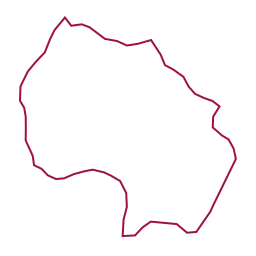 São Sebastião de Lagoa de Roça, Paraíba, Brazil (Natural Earth projection), rotated 182°
{"feature_id": "56859067B7602471111252", "entity_name": "São Sebastião de Lagoa de Roça", "entity_type": "district", "adm_level": 2, "iso_a3": "BRA", "parent_name": "Brazil", "parent_adm1": "Paraíba", "projection": "natural_earth1", "projection_center": [-35.852, -7.089], "detail": "fine", "context": "isolated", "style": "outline", "palette": "rose", "viewbox_px": 256, "rotation_deg": 182, "n_neighbors": 0, "source": "geoboundaries", "source_scale": "gbopen_adm2", "svg_char_len": 851}
<svg xmlns="http://www.w3.org/2000/svg" viewBox="0 0 256 256"><g transform="rotate(182 128 128)"><path d="M129.6,19.8L117.2,20.9L109.9,29.2L102.0,35.2L91.5,34.6L76.0,33.7L65.3,25.4L56.1,26.5L43.0,46.9L39.7,54.7L19.1,100.8L21.7,111.1L27.0,120.0L33.8,123.8L43.3,131.5L43.3,142.2L37.3,152.8L44.6,158.0L53.3,160.7L62.1,164.4L68.8,171.4L74.4,181.1L84.8,188.0L93.2,192.1L97.9,202.4L108.0,216.7L121.1,212.5L132.0,210.4L141.9,214.5L154.2,216.3L169.9,227.3L177.8,230.0L188.3,228.2L194.9,236.2L204.9,223.2L208.9,214.3L213.8,200.6L222.2,191.2L230.1,181.0L236.9,165.8L236.9,151.5L232.4,144.5L230.6,135.7L230.1,124.1L229.8,112.0L222.2,96.7L220.6,87.5L213.0,84.2L206.5,77.9L198.2,74.5L190.3,75.4L180.3,80.1L169.8,83.3L161.8,85.1L150.3,82.8L143.2,79.7L134.0,74.7L127.5,63.0L126.4,49.1L129.2,36.3L129.6,19.8Z" fill="none" stroke="#9f1239" stroke-width="2"/></g></svg>